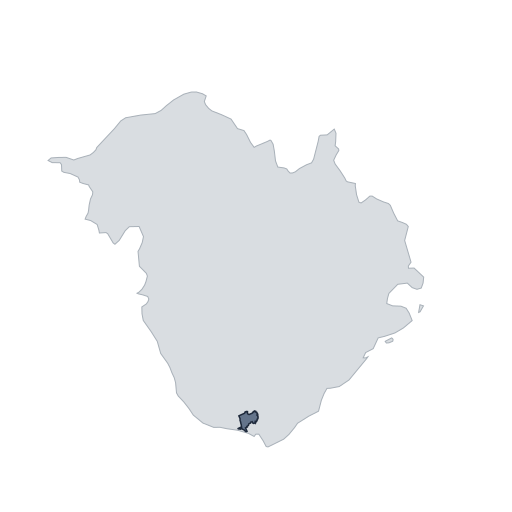 location of Ou Chrov, Bântéay Méanchey, Cambodia, rotated 246°
{"feature_id": "14789045B98105174754814", "entity_name": "Ou Chrov", "entity_type": "district", "adm_level": 2, "iso_a3": "KHM", "parent_name": "Cambodia", "parent_adm1": "Bântéay Méanchey", "projection": "albers", "projection_center": [102.796, 13.654], "detail": "fine", "context": "in_parent", "style": "filled", "palette": "slate", "viewbox_px": 512, "rotation_deg": 246, "n_neighbors": 0, "source": "geoboundaries", "source_scale": "gbopen_adm2", "svg_char_len": 5595}
<svg xmlns="http://www.w3.org/2000/svg" viewBox="0 0 512 512"><g transform="rotate(246 256 256)"><path d="M427.8,104.9L428.9,108.7L426.2,116.1L423.3,122.7L417.8,128.6L417.6,132.8L415.8,145.5L416.7,149.5L418.1,152.9L419.9,154.7L425.1,167.0L429.8,178.2L434.4,187.4L435.3,193.2L431.6,208.1L427.1,221.8L427.6,228.6L429.8,235.3L432.1,244.3L433.2,255.9L432.1,263.5L430.1,268.2L426.0,273.1L422.5,275.6L418.1,271.6L414.7,271.5L410.1,272.8L406.5,274.7L399.2,281.9L391.2,288.9L379.9,290.9L375.5,296.0L370.8,296.8L361.9,297.2L356.0,298.5L356.3,301.0L356.0,313.1L356.2,316.0L355.3,316.7L351.2,317.1L344.3,315.4L335.0,312.5L328.4,312.1L325.0,317.5L323.0,319.5L320.5,319.9L317.9,320.9L317.0,323.2L316.9,326.2L318.2,331.2L318.8,339.2L318.5,344.6L321.0,348.0L335.4,359.4L339.6,362.3L340.1,364.0L337.7,370.3L340.1,379.1L335.6,379.0L328.1,375.3L324.5,373.1L320.2,375.0L318.7,374.6L315.7,370.3L311.9,365.9L307.9,365.7L299.6,367.5L291.2,368.8L287.9,368.9L286.6,369.7L281.8,376.3L279.7,375.2L271.1,372.8L263.3,371.9L261.7,373.6L262.7,379.0L264.4,384.3L263.5,386.5L259.2,389.3L253.6,394.4L250.1,398.3L247.7,399.3L239.1,399.2L230.5,399.7L227.0,403.4L223.8,406.3L221.0,407.1L209.7,398.1L187.3,395.1L184.9,391.1L182.8,390.3L180.7,395.5L168.5,400.6L163.3,397.6L159.5,393.9L160.1,389.5L163.6,385.8L169.7,383.2L172.5,374.0L167.8,362.2L163.7,358.8L159.4,356.1L154.9,360.5L151.2,368.0L147.2,371.9L141.6,372.7L133.5,372.4L130.3,361.3L129.2,351.7L130.3,340.8L131.5,334.3L123.7,325.4L123.2,316.9L119.4,312.5L118.3,314.7L118.4,317.2L117.3,315.4L104.9,290.5L102.9,278.9L105.0,270.0L106.2,267.0L102.7,262.3L97.6,257.0L88.8,250.0L88.2,238.9L86.3,225.9L83.6,221.5L79.6,213.5L77.4,206.8L76.7,189.3L77.8,187.8L84.1,187.4L92.1,186.1L93.3,183.3L91.9,180.9L97.1,176.9L104.4,168.2L110.1,159.1L114.2,153.4L116.6,147.7L124.9,139.6L136.2,134.0L144.0,132.7L152.0,130.7L159.7,128.0L163.3,127.7L172.9,131.0L178.1,131.8L183.5,131.7L189.1,132.0L194.0,131.7L205.7,129.3L218.2,131.1L229.3,129.5L243.0,126.8L249.7,128.4L255.9,131.0L256.8,136.3L258.3,138.8L260.3,140.6L263.1,140.6L266.5,136.8L269.4,133.0L270.4,132.2L270.5,134.1L272.0,138.3L274.7,142.4L277.4,145.1L281.8,148.6L284.7,148.8L294.0,145.3L308.2,150.1L309.9,152.5L314.5,157.5L319.5,161.1L330.5,161.2L334.3,152.2L332.3,146.8L325.9,137.4L324.1,131.9L326.1,130.8L336.7,129.6L338.4,128.5L340.7,122.3L343.6,123.0L349.4,123.7L355.6,119.4L359.2,114.9L361.2,116.9L363.5,120.0L365.9,121.7L370.4,124.3L375.4,128.0L378.5,131.6L381.0,133.0L387.3,131.9L389.0,132.0L392.6,127.5L395.1,125.0L397.3,125.7L400.5,125.5L406.9,119.8L410.6,114.5L412.6,113.1L418.6,115.5L420.9,115.0L424.2,107.8L427.8,104.9ZM126.0,346.6L124.8,347.2L123.7,347.2L122.5,346.2L122.6,342.2L123.5,339.7L125.5,339.3L126.0,346.6ZM144.8,386.0L142.3,388.7L138.3,383.2L138.3,381.6L144.8,386.0Z" fill="#d9dde1" stroke="#a8b0b8" stroke-width="1"/><path d="M114.9,191.4L114.8,191.5L114.8,191.4L114.7,191.4L114.6,191.2L114.5,190.9L114.5,189.6L114.3,189.4L114.0,189.0L114.0,188.5L114.0,188.2L114.0,187.8L114.0,187.5L114.0,187.2L114.0,186.8L114.0,186.5L114.0,186.2L114.0,185.9L114.0,185.5L114.0,185.2L114.3,184.9L114.5,184.7L114.8,184.5L115.1,184.3L115.3,184.2L115.5,184.3L115.9,184.3L116.1,184.4L116.4,184.5L116.6,184.6L116.8,184.6L117.0,184.4L117.3,184.4L117.4,184.5L117.5,184.7L117.7,184.4L117.8,184.2L117.9,183.9L117.8,183.7L117.9,183.4L117.8,183.2L117.9,182.9L118.0,182.7L117.9,182.6L117.0,181.6L117.0,180.6L117.0,176.9L116.9,175.3L113.9,175.3L112.2,174.5L111.9,174.5L111.7,174.5L111.3,174.5L111.1,174.5L110.9,174.4L110.7,174.4L110.4,174.4L110.2,174.3L110.1,174.2L109.9,174.2L109.7,174.2L109.4,174.1L108.9,174.0L108.7,174.0L108.4,174.0L108.2,174.0L108.1,173.9L107.8,173.9L107.7,173.8L105.8,173.3L105.7,169.5L105.3,169.5L104.8,170.3L104.7,170.5L104.3,171.1L104.0,171.6L104.1,171.8L104.3,172.0L104.5,172.1L104.7,172.3L104.7,172.5L104.6,172.8L104.6,173.0L104.2,173.0L103.8,173.0L103.6,173.0L103.4,173.1L103.2,173.3L102.8,173.6L102.6,173.8L102.4,174.0L102.1,174.2L102.0,174.3L101.7,174.5L101.1,174.6L100.0,175.2L99.5,175.5L99.5,176.5L103.3,176.5L103.3,178.4L104.0,178.4L104.0,178.5L104.1,178.8L104.2,179.1L104.2,179.3L104.2,179.6L104.2,179.9L104.2,180.0L104.3,180.1L104.5,180.4L104.8,180.5L105.0,180.6L105.3,180.8L105.4,181.0L105.5,181.1L105.6,181.3L105.6,181.6L105.6,183.1L105.9,183.2L106.0,183.3L106.2,183.5L106.3,183.6L106.4,183.8L106.3,184.0L106.2,184.4L106.2,184.5L106.2,184.8L106.2,185.1L105.6,185.1L105.3,185.2L104.9,185.1L104.6,185.2L104.4,185.4L104.2,185.5L103.9,185.9L103.9,186.0L104.0,186.3L104.0,186.6L104.0,186.8L103.9,186.9L103.8,187.1L103.7,187.3L103.8,187.3L103.9,187.5L104.0,187.6L103.9,187.5L104.0,187.5L104.3,187.7L104.2,187.7L104.3,187.8L104.4,188.0L104.5,188.0L104.4,188.1L104.5,188.2L104.4,188.3L104.4,188.5L104.5,188.5L104.7,188.8L104.7,189.0L104.8,189.0L104.9,189.3L105.0,189.3L105.1,189.5L105.1,189.8L105.2,190.0L105.3,190.1L105.5,190.1L105.8,190.3L106.0,190.4L106.0,190.5L106.3,190.7L106.3,190.8L106.5,190.8L106.6,191.0L106.6,191.3L106.6,191.5L106.8,191.6L107.0,191.7L107.0,191.8L107.3,191.9L107.3,192.0L107.5,192.1L107.8,192.3L108.0,192.4L108.3,192.3L108.5,192.3L108.8,192.4L108.9,192.5L109.0,192.7L109.3,192.7L109.5,192.7L109.8,192.4L109.9,192.2L110.0,192.1L110.3,192.2L110.5,192.3L110.6,192.5L110.8,192.6L111.0,192.8L111.2,193.0L111.3,193.0L111.2,193.2L111.7,193.1L112.0,193.1L112.4,193.1L112.7,193.1L112.7,192.9L112.7,192.7L112.8,192.4L112.8,192.5L113.0,192.6L113.2,192.4L113.3,192.4L113.4,192.5L113.5,192.6L113.8,192.6L114.0,192.6L114.3,192.6L114.4,192.4L114.3,192.2L114.5,192.1L114.7,191.9L114.8,191.8L114.9,191.7L115.0,191.6L114.9,191.5L114.9,191.4Z" fill="#64748b" stroke="#1e293b" stroke-width="1.5"/></g></svg>